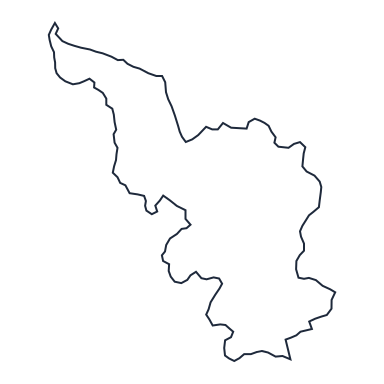 Apuarema, Bahia, Brazil
{"feature_id": "56859067B6094407413317", "entity_name": "Apuarema", "entity_type": "district", "adm_level": 2, "iso_a3": "BRA", "parent_name": "Brazil", "parent_adm1": "Bahia", "projection": "mercator", "projection_center": [-39.762, -13.814], "detail": "fine", "context": "isolated", "style": "outline", "palette": "slate", "viewbox_px": 384, "rotation_deg": 0, "n_neighbors": 0, "source": "geoboundaries", "source_scale": "gbopen_adm2", "svg_char_len": 2302}
<svg xmlns="http://www.w3.org/2000/svg" viewBox="0 0 384 384"><path d="M231.1,127.7L223.0,123.0L217.8,129.4L212.2,129.4L206.1,126.8L198.2,135.1L192.2,139.4L185.8,142.0L182.0,136.8L179.7,131.6L178.1,125.9L174.9,115.6L171.6,106.3L168.2,99.2L166.0,92.2L165.2,82.2L162.1,76.0L156.3,76.0L148.3,73.2L139.6,68.6L133.4,66.8L127.5,63.8L123.3,59.8L117.8,60.1L111.5,56.7L102.6,53.3L96.0,51.7L90.0,49.5L81.0,47.7L74.3,45.8L68.2,43.8L62.4,41.1L55.7,33.9L58.2,28.4L54.9,23.0L51.2,29.6L48.8,34.9L49.6,39.8L51.2,46.3L54.0,52.2L54.2,57.5L55.1,62.4L55.2,68.2L56.6,73.2L60.1,77.5L65.3,81.3L72.9,84.3L79.3,83.2L83.9,81.3L89.5,78.7L94.4,82.5L94.1,87.5L98.4,89.9L102.8,92.9L106.3,98.6L106.3,104.8L112.3,108.7L113.8,114.6L114.6,122.1L116.2,129.7L113.6,134.2L114.6,142.7L117.5,147.8L116.5,154.2L116.0,160.1L114.1,166.3L112.8,172.7L117.5,177.2L120.2,182.9L125.4,185.3L129.6,193.2L137.7,194.4L144.1,195.9L145.9,201.0L145.1,205.8L146.4,210.6L151.8,214.2L157.2,211.5L155.3,205.6L159.8,200.6L163.2,195.6L169.7,200.2L176.8,205.9L185.5,210.2L185.5,218.9L190.5,224.7L186.5,228.2L181.6,228.9L177.0,233.9L170.0,238.5L166.2,245.0L165.0,251.5L161.9,255.3L163.1,261.0L169.1,264.2L168.7,271.0L170.7,276.6L174.7,281.7L181.3,283.1L187.3,279.9L190.5,275.3L196.0,271.8L201.4,278.2L206.6,279.3L213.6,277.4L219.1,278.5L222.1,283.7L219.5,288.5L215.3,294.7L210.6,302.3L208.6,309.3L206.2,314.6L209.3,319.3L212.7,325.5L220.3,324.4L225.5,325.0L229.3,328.4L233.2,331.7L231.0,337.2L225.1,340.3L224.2,348.0L225.0,355.5L229.0,358.4L234.2,361.0L239.4,358.2L244.2,354.1L251.0,354.1L256.8,352.0L261.8,351.0L268.0,352.5L275.6,356.6L282.5,356.0L290.4,359.3L285.6,339.6L290.8,337.7L296.4,335.3L300.5,331.7L311.9,329.0L309.2,321.5L315.2,318.7L321.3,316.6L326.8,315.0L331.5,308.7L331.6,299.9L335.2,292.3L330.2,289.3L322.6,285.8L315.9,280.1L308.9,277.9L304.0,278.8L298.5,277.7L296.1,269.3L296.4,261.0L299.8,255.1L304.0,250.7L304.0,243.6L301.0,236.6L300.0,231.3L302.4,225.8L306.0,220.1L309.0,215.3L313.2,212.0L318.9,207.2L319.7,200.4L320.8,192.1L321.3,187.0L319.7,181.6L314.5,175.6L306.6,171.5L302.4,166.4L303.0,160.1L303.7,153.4L305.3,147.2L300.0,142.1L294.0,143.9L288.5,147.8L278.4,146.7L274.4,142.7L275.6,137.3L271.4,131.6L268.6,125.8L264.5,122.9L260.0,120.6L254.7,118.7L248.7,122.1L246.6,128.6L231.1,127.7Z" fill="none" stroke="#1e293b" stroke-width="2"/></svg>